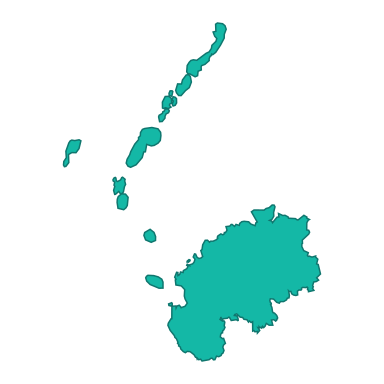 Ba, Western, Fiji
{"feature_id": "14151628B98370545668292", "entity_name": "Ba", "entity_type": "district", "adm_level": 2, "iso_a3": "FJI", "parent_name": "Fiji", "parent_adm1": "Western", "projection": "robinson", "projection_center": [177.639, -17.315], "detail": "fine", "context": "isolated", "style": "filled", "palette": "teal", "viewbox_px": 384, "rotation_deg": 0, "n_neighbors": 0, "source": "geoboundaries", "source_scale": "gbopen_adm2", "svg_char_len": 6049}
<svg xmlns="http://www.w3.org/2000/svg" viewBox="0 0 384 384"><path d="M303.9,215.3L298.3,219.8L297.2,219.9L295.4,218.6L288.5,218.2L288.1,216.9L285.0,215.3L282.8,215.5L278.5,213.5L278.9,216.9L277.0,217.2L272.5,222.7L271.8,221.2L269.6,220.4L271.9,219.4L273.8,216.2L273.6,212.5L275.0,206.8L274.1,205.1L272.1,205.0L269.1,207.7L266.1,208.5L264.1,210.1L254.0,210.0L251.4,211.8L257.2,222.0L255.9,222.8L255.1,225.7L250.8,224.0L248.7,221.8L244.1,221.3L241.8,221.7L239.7,223.4L239.3,225.4L236.0,224.4L234.6,226.4L232.0,224.4L231.1,224.5L229.8,226.1L226.0,226.6L227.0,230.2L225.4,232.7L224.4,232.5L223.9,234.3L222.8,234.8L220.9,233.9L217.9,235.9L217.3,237.2L217.8,238.2L216.4,239.7L213.1,241.2L210.6,241.2L209.5,242.2L207.5,240.2L205.2,240.3L202.7,244.8L202.0,249.6L200.8,250.5L202.7,256.6L201.0,258.0L198.9,258.5L197.0,257.2L195.6,254.1L194.5,253.9L193.2,257.0L195.0,259.2L194.1,262.1L192.7,263.8L189.3,265.0L188.9,264.5L189.3,265.4L188.1,264.7L188.0,266.5L186.8,268.7L183.4,270.6L183.1,272.5L180.5,272.0L179.8,274.2L178.9,275.1L177.9,275.6L177.9,272.5L176.6,272.3L174.7,277.2L176.0,279.2L175.3,279.9L175.9,285.0L181.3,285.9L184.7,289.6L184.3,296.0L185.1,299.0L187.3,303.1L185.0,306.3L181.2,307.6L180.9,308.3L181.0,307.2L179.2,305.2L176.9,306.1L176.1,307.9L175.9,306.0L171.9,306.2L171.8,318.7L171.1,318.7L168.3,323.2L167.9,325.3L170.2,330.4L174.4,335.7L174.9,337.4L176.3,338.6L178.0,342.3L177.5,343.2L178.9,344.8L178.6,345.9L180.4,347.1L180.7,348.9L183.3,351.6L185.4,352.7L187.2,351.4L190.2,351.7L194.1,354.8L195.5,357.2L196.7,357.6L197.1,358.9L197.4,358.3L198.7,359.7L200.7,359.2L202.0,361.0L209.1,359.7L211.1,358.2L212.4,358.4L213.4,359.8L214.9,359.7L216.5,356.2L218.8,356.7L221.1,355.5L221.8,353.8L222.9,353.2L224.0,350.5L222.8,347.1L223.7,344.8L225.4,343.4L223.6,338.4L222.7,338.7L220.3,337.0L220.7,334.4L221.9,332.6L222.5,332.8L222.8,330.6L223.8,329.9L225.0,327.3L224.2,325.9L224.8,322.1L223.9,320.8L222.6,321.1L220.0,319.4L220.9,317.8L220.6,316.9L222.4,319.6L223.5,318.7L227.5,318.2L228.6,317.2L229.4,317.3L231.2,320.5L236.3,319.7L237.7,320.6L238.2,320.4L238.0,318.3L236.9,315.9L234.3,315.5L234.8,314.5L236.7,313.9L240.1,317.1L242.7,317.5L243.9,319.3L246.9,319.7L248.5,322.1L249.4,321.0L251.1,322.5L252.6,321.7L252.7,331.1L254.0,330.6L254.9,331.8L257.3,331.4L257.4,333.1L259.7,330.5L258.0,327.7L258.9,328.0L259.0,327.1L259.4,327.9L260.0,327.2L261.1,327.9L262.2,326.7L262.2,327.7L263.2,327.0L263.7,327.6L265.1,326.2L266.3,323.4L269.1,325.2L272.8,325.2L271.5,320.0L273.9,319.7L275.6,321.1L276.6,320.3L276.4,319.3L277.4,318.9L277.6,317.7L276.7,315.4L274.5,313.1L273.1,312.7L272.5,311.5L271.9,307.4L270.6,304.6L271.3,304.1L271.2,303.1L270.4,302.6L269.8,300.5L270.3,298.8L273.6,299.1L276.7,302.3L279.3,303.2L280.4,301.6L283.6,301.6L286.5,299.9L287.3,298.2L289.0,297.9L289.4,295.5L288.6,290.9L289.3,291.6L290.9,291.4L291.7,293.8L293.5,295.0L295.9,295.5L297.7,294.9L297.4,291.2L299.0,290.0L301.0,290.1L301.6,289.4L301.5,288.2L302.6,287.4L306.1,287.6L307.0,287.0L307.8,287.8L307.5,289.6L308.4,290.2L308.5,291.7L313.9,290.4L312.5,288.2L313.3,286.8L312.6,285.7L313.7,282.0L316.4,281.5L318.6,280.1L316.6,277.8L320.5,274.0L318.2,264.5L316.6,263.9L317.8,259.2L315.6,257.1L315.7,256.0L312.0,257.1L309.2,256.1L308.2,256.4L307.4,255.4L308.3,252.7L303.7,250.6L301.8,246.5L301.9,243.8L302.5,243.4L302.3,240.1L308.7,234.1L309.6,232.2L308.7,230.3L306.7,229.9L306.8,222.7L308.3,220.1L309.4,219.5L306.7,218.1L306.9,217.1L303.9,215.3ZM158.0,143.2L160.3,140.5L160.9,135.6L160.6,132.3L158.0,128.8L151.9,127.5L144.7,128.5L142.4,129.4L140.5,132.5L140.3,135.8L138.5,137.5L138.6,139.6L134.8,144.1L130.8,151.5L129.7,154.8L127.1,159.3L126.2,163.1L128.0,166.2L130.6,167.3L136.1,164.8L142.2,157.6L143.7,152.0L145.4,151.8L146.7,144.4L151.3,145.9L154.2,145.4L158.0,143.2ZM226.2,29.2L225.0,25.7L222.6,23.7L217.4,23.0L215.6,24.2L215.9,31.3L213.1,32.0L214.7,36.2L216.8,38.5L215.9,41.4L211.9,45.3L211.4,48.4L209.1,51.9L206.1,53.3L196.8,60.3L193.3,59.8L190.9,60.5L189.2,62.3L187.2,65.5L186.7,71.8L187.9,73.7L189.9,73.9L195.1,76.8L197.6,75.7L198.1,71.2L201.3,70.0L201.1,66.9L201.6,65.6L204.9,64.4L209.2,60.6L209.1,58.8L210.1,56.3L211.1,55.8L211.7,54.1L212.7,54.7L215.7,52.4L220.5,45.1L224.2,38.1L224.3,34.3L226.2,29.2ZM79.1,139.8L74.7,140.6L71.8,140.1L70.2,140.9L68.8,143.0L65.9,151.2L66.3,157.7L63.8,161.5L63.5,165.0L64.4,166.7L65.9,166.4L68.8,162.6L68.5,154.5L71.8,152.6L76.0,152.7L79.0,148.6L80.9,140.8L79.1,139.8ZM191.4,82.0L190.3,76.4L188.5,74.6L186.2,75.0L182.5,79.9L181.5,84.0L177.6,83.9L175.7,90.3L176.5,92.8L178.6,95.5L181.1,95.6L185.5,90.6L189.3,87.6L191.4,82.0ZM163.0,288.1L163.0,282.1L161.8,279.2L158.3,276.9L153.7,275.6L147.9,275.3L146.5,276.3L145.7,277.8L146.7,281.1L150.1,284.5L159.0,288.2L163.0,288.1ZM124.7,181.0L125.1,179.3L122.6,177.2L121.7,177.6L120.6,179.9L117.7,181.5L116.3,180.8L115.9,178.0L115.2,177.4L114.0,178.0L113.0,179.7L113.1,180.9L114.7,182.1L114.0,185.1L114.8,186.4L113.6,190.3L114.7,194.4L115.5,194.3L118.8,191.4L120.5,193.9L121.9,193.6L123.4,192.0L124.5,186.5L125.6,184.4L124.7,181.0ZM125.9,207.9L127.3,205.5L128.1,197.3L125.5,194.1L121.6,193.8L118.3,196.5L117.3,199.2L117.1,202.5L118.0,208.3L123.7,209.7L125.9,207.9ZM155.5,240.5L155.6,236.6L154.0,232.4L150.1,229.3L144.7,232.5L143.9,235.4L145.6,239.9L151.2,242.3L155.5,240.5ZM171.0,107.1L169.5,105.4L169.6,104.2L171.7,103.0L171.3,98.3L168.6,96.3L165.2,96.5L162.4,102.1L162.5,108.0L163.3,108.5L165.6,107.7L168.2,108.6L171.0,107.1ZM162.2,121.5L165.0,118.1L165.0,116.4L166.1,113.9L168.5,112.7L169.3,110.9L168.3,109.1L165.2,109.0L164.2,111.1L162.8,111.8L162.4,113.4L159.1,115.3L158.6,116.9L159.6,121.7L162.2,121.5ZM175.2,105.3L176.6,103.0L176.5,98.6L175.1,97.2L173.4,96.8L172.0,99.5L173.4,101.1L172.3,104.0L172.5,105.0L173.1,106.0L175.2,105.3ZM171.8,96.3L172.8,91.5L172.1,90.8L170.1,90.8L169.0,93.3L169.2,95.3L171.8,96.3ZM170.9,306.0L172.2,305.2L172.3,303.6L171.7,302.7L168.6,303.9L168.9,305.5L170.9,306.0ZM188.4,262.2L190.1,260.7L189.9,259.8L189.0,259.6L187.2,261.1L187.0,262.0L188.4,262.2ZM187.4,265.8L187.7,264.7L187.2,264.3L186.7,265.3L187.4,265.8Z" fill="#14b8a6" stroke="#0f766e" stroke-width="1.5"/></svg>